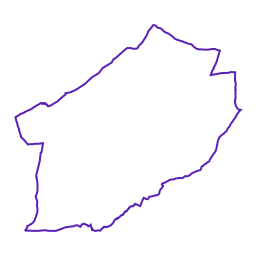 Mbulu, Manyara, United Republic of Tanzania
{"feature_id": "72390352B2366371930573", "entity_name": "Mbulu", "entity_type": "district", "adm_level": 2, "iso_a3": "TZA", "parent_name": "United Republic of Tanzania", "parent_adm1": "Manyara", "projection": "robinson", "projection_center": [35.288, -3.94], "detail": "fine", "context": "isolated", "style": "outline", "palette": "violet", "viewbox_px": 256, "rotation_deg": 0, "n_neighbors": 0, "source": "geoboundaries", "source_scale": "gbopen_adm2", "svg_char_len": 5657}
<svg xmlns="http://www.w3.org/2000/svg" viewBox="0 0 256 256"><path d="M15.4,117.3L16.1,119.7L16.3,121.0L16.8,122.0L17.4,123.8L17.4,124.8L17.8,126.0L19.1,129.4L19.0,130.1L20.3,134.4L20.9,135.5L20.8,136.0L21.0,136.4L21.0,137.0L24.7,140.6L27.9,144.5L30.4,144.1L31.7,144.1L32.9,144.2L34.8,143.7L35.6,143.7L36.4,143.9L37.9,143.7L39.7,143.7L41.1,143.4L43.0,143.2L41.5,152.4L40.7,152.7L39.7,161.3L36.2,175.4L36.2,176.8L36.7,177.2L36.6,178.1L37.0,179.8L37.5,183.8L37.5,188.7L37.3,191.9L36.8,193.6L35.9,195.9L35.7,196.8L36.5,199.1L37.3,201.2L37.3,202.1L37.0,203.8L37.0,205.2L37.1,206.8L37.5,208.8L37.4,212.0L36.1,216.0L35.9,217.1L35.2,218.2L34.9,219.6L34.0,221.3L33.6,221.8L32.9,222.7L32.4,223.1L31.2,224.1L29.9,224.6L27.9,226.0L27.3,226.1L27.4,226.5L27.4,227.0L26.6,228.4L26.5,228.8L26.3,228.9L25.9,229.7L25.4,230.0L25.3,230.4L25.5,230.6L27.8,230.7L29.1,230.7L30.6,230.7L33.7,230.9L36.8,230.9L39.2,230.8L40.5,230.5L41.0,230.6L42.2,230.6L43.9,230.2L45.1,230.2L47.5,230.7L50.5,230.9L55.6,230.9L57.0,230.5L62.1,228.7L65.1,227.4L67.2,227.1L70.6,226.5L73.1,226.4L74.6,226.0L74.9,225.6L75.4,225.4L75.9,225.3L78.4,225.5L78.8,226.0L80.0,226.7L80.3,226.8L80.5,226.7L81.8,224.5L82.3,224.2L83.2,224.0L83.9,223.7L84.3,223.6L84.8,224.2L85.2,224.2L85.7,224.6L86.4,224.9L87.1,224.9L87.6,225.1L88.1,225.7L88.2,226.2L88.7,226.2L89.4,226.0L90.2,225.4L90.7,224.9L90.8,225.5L90.9,226.1L91.1,227.1L91.3,227.3L91.5,227.7L91.9,227.9L92.3,228.7L92.0,229.2L92.0,229.9L92.4,229.8L93.3,230.1L93.9,230.4L94.8,230.9L96.3,230.7L98.0,230.4L99.3,230.4L99.9,230.5L100.2,230.7L100.8,230.1L101.0,229.6L102.3,228.3L102.7,228.2L102.9,227.7L103.5,227.5L103.5,227.3L103.7,227.0L104.4,226.7L104.6,226.8L104.8,227.1L105.1,227.1L105.3,226.9L106.0,226.9L106.4,227.1L107.0,227.0L107.2,226.9L107.7,226.8L107.9,226.6L108.1,226.5L108.4,226.5L109.6,225.7L110.2,225.6L110.9,225.2L112.6,223.5L113.3,222.7L113.6,222.2L113.9,221.2L114.2,220.6L115.2,219.4L115.7,219.3L116.1,218.7L116.4,218.7L116.8,218.9L116.9,218.4L117.3,218.0L117.6,218.1L117.7,217.9L118.4,217.9L118.7,217.5L118.9,217.4L119.3,217.4L120.4,216.1L120.6,215.7L121.4,215.4L121.8,215.0L122.1,214.9L122.7,215.1L122.9,214.8L122.9,214.5L123.2,214.4L123.5,213.8L124.0,213.5L124.0,213.1L124.4,212.6L124.5,212.2L124.8,212.1L125.1,211.6L125.3,211.8L125.8,211.5L126.1,211.2L126.4,211.3L126.7,211.0L127.0,210.8L127.1,210.4L127.5,209.8L128.2,209.2L128.3,208.8L128.5,208.6L128.9,208.2L129.0,207.8L129.1,207.7L129.4,207.9L129.6,207.6L129.8,207.0L130.2,206.6L130.5,206.6L131.1,206.5L131.5,206.4L132.0,206.0L133.0,206.3L133.4,205.8L133.9,205.1L134.6,205.0L135.1,203.8L140.1,206.1L141.5,202.8L143.4,198.1L143.7,197.8L143.9,197.8L145.8,198.9L147.8,199.2L149.2,197.0L150.0,196.6L151.3,196.5L152.9,196.1L154.7,195.6L156.9,195.1L158.5,194.6L159.5,192.7L159.6,191.3L160.2,190.0L162.3,187.3L163.1,186.0L163.0,185.6L162.0,184.8L161.8,184.2L162.2,183.7L163.1,183.1L165.2,182.6L166.5,181.7L170.4,179.6L173.1,179.4L174.1,179.2L175.6,178.6L176.9,178.3L178.3,178.2L178.9,177.9L180.7,178.1L182.9,177.9L184.2,176.8L185.4,176.1L186.6,176.3L187.5,176.3L189.7,175.3L191.2,173.8L192.4,173.0L196.5,171.2L198.4,170.6L200.0,170.2L200.6,169.6L201.1,168.9L201.3,167.3L201.5,166.8L201.9,166.4L203.0,166.0L203.7,165.2L204.0,164.7L204.8,164.2L205.4,164.0L206.5,163.2L207.1,162.6L208.0,162.0L208.8,161.7L209.5,160.8L209.7,160.0L210.6,158.5L211.2,157.5L212.1,156.2L213.6,153.7L214.4,152.9L215.2,151.8L216.0,149.9L216.4,148.6L217.8,141.5L218.4,139.6L219.2,137.7L221.0,135.6L223.4,133.9L224.5,132.8L226.2,131.4L227.1,130.2L227.3,129.3L227.7,128.7L228.0,128.1L229.5,126.6L230.7,124.0L231.9,122.4L233.2,120.4L235.6,117.1L237.0,114.5L237.8,113.1L238.8,111.9L240.6,109.9L239.1,109.8L238.1,109.1L237.2,108.1L236.2,106.4L235.8,105.6L235.1,103.1L235.2,102.4L235.1,101.7L234.9,101.3L234.9,100.6L235.3,99.8L235.3,99.4L235.1,99.0L235.3,98.5L235.7,97.8L235.4,96.5L235.6,94.6L235.5,94.3L235.3,94.0L235.3,93.6L235.4,93.2L235.5,92.9L235.6,91.2L235.5,90.6L235.2,90.1L235.3,89.7L235.6,89.4L235.7,89.2L235.2,88.1L235.2,87.7L235.3,87.2L235.8,86.0L235.7,84.9L235.7,83.9L235.2,80.9L235.0,80.5L235.1,75.5L235.2,72.3L230.9,72.0L229.0,72.8L221.5,73.1L210.8,75.1L211.3,73.3L211.6,72.9L211.5,72.7L212.7,70.0L214.1,68.1L213.7,67.6L215.5,64.5L216.5,62.0L219.9,50.6L218.2,50.1L217.3,50.0L216.2,49.6L215.8,49.3L215.0,48.9L213.1,49.0L212.8,49.1L212.1,49.0L208.0,49.7L205.7,49.7L204.0,49.7L201.8,49.3L201.0,49.3L200.3,49.4L199.5,49.3L198.3,49.3L196.4,48.7L193.7,46.7L192.2,45.1L191.7,44.5L190.9,44.2L189.4,44.0L187.5,43.4L185.6,42.6L184.6,42.4L182.6,41.4L178.7,40.3L175.5,39.1L174.5,38.5L172.5,36.4L170.9,35.3L170.4,34.9L169.9,34.6L169.2,34.0L167.9,33.3L165.6,32.4L164.2,31.6L163.5,31.1L162.5,29.8L160.8,28.5L160.1,28.1L157.8,27.8L157.4,27.4L157.1,27.3L156.8,26.7L156.0,25.8L154.9,25.4L153.3,25.1L152.9,25.3L152.1,26.7L148.6,30.9L148.0,31.9L147.4,34.0L147.0,34.5L146.9,35.0L142.2,42.6L139.1,45.5L137.4,48.4L133.5,48.9L131.0,48.1L127.3,48.0L124.5,50.1L116.3,57.5L113.2,59.7L111.6,62.6L102.7,68.0L98.7,73.2L91.9,77.4L84.8,84.0L75.9,89.8L70.0,92.4L65.5,93.2L65.6,94.5L62.3,97.0L62.2,97.3L61.4,97.8L61.1,98.2L59.4,99.5L58.8,100.3L58.6,100.5L58.0,101.0L57.3,101.5L52.5,104.4L50.7,105.5L48.7,106.2L48.0,106.3L47.8,106.2L47.6,105.8L47.4,105.0L47.2,104.9L46.8,104.9L46.8,104.5L46.5,104.4L46.1,104.3L46.0,103.9L45.7,103.5L45.1,103.8L44.6,103.1L44.4,103.0L44.2,103.2L44.1,103.7L43.2,103.1L42.9,103.0L42.6,103.2L42.2,103.9L41.9,103.8L41.3,103.0L41.0,102.9L40.6,103.2L39.5,103.8L39.1,104.2L38.3,104.7L36.9,105.3L35.2,106.4L34.3,106.8L32.7,108.1L31.0,109.2L25.1,111.8L24.6,112.4L24.3,112.4L23.9,112.7L22.9,113.0L21.7,113.6L20.9,113.8L20.5,114.0L20.3,114.2L17.1,116.3L16.1,116.8L15.4,117.3Z" fill="none" stroke="#5b21b6" stroke-width="2"/></svg>